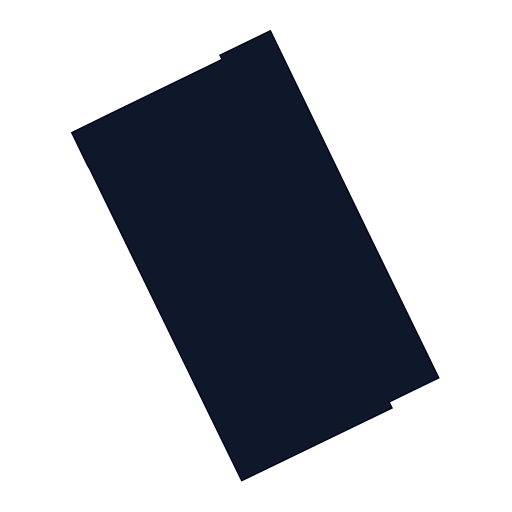 Custer, Oklahoma, United States of America (Mercator projection), rotated 244°
{"feature_id": "52423323B24972944108066", "entity_name": "Custer", "entity_type": "district", "adm_level": 2, "iso_a3": "USA", "parent_name": "United States of America", "parent_adm1": "Oklahoma", "projection": "mercator", "projection_center": [-98.896, 35.638], "detail": "fine", "context": "isolated", "style": "filled", "palette": "ink", "viewbox_px": 512, "rotation_deg": 244, "n_neighbors": 0, "source": "geoboundaries", "source_scale": "gbopen_adm2", "svg_char_len": 358}
<svg xmlns="http://www.w3.org/2000/svg" viewBox="0 0 512 512"><g transform="rotate(244 256 256)"><path d="M447.6,144.5L410.8,144.4L407.5,144.8L60.4,144.7L59.8,311.6L66.5,311.6L66.5,339.1L66.4,366.8L232.0,366.9L452.1,367.6L452.2,321.5L452.2,311.7L447.6,311.7L447.5,302.4L447.7,188.0L447.6,144.5Z" fill="#0f172a" stroke="#020617" stroke-width="1.5"/></g></svg>